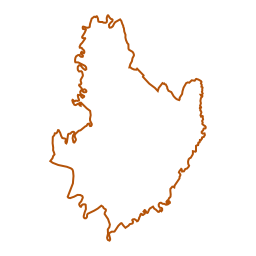 Ricaurte, Cundinamarca, Colombia (Equal Earth projection)
{"feature_id": "7082276B32773092643387", "entity_name": "Ricaurte", "entity_type": "district", "adm_level": 2, "iso_a3": "COL", "parent_name": "Colombia", "parent_adm1": "Cundinamarca", "projection": "equal_earth", "projection_center": [-74.719, 4.31], "detail": "fine", "context": "isolated", "style": "outline", "palette": "amber", "viewbox_px": 256, "rotation_deg": 0, "n_neighbors": 0, "source": "geoboundaries", "source_scale": "gbopen_adm2", "svg_char_len": 5701}
<svg xmlns="http://www.w3.org/2000/svg" viewBox="0 0 256 256"><path d="M200.9,81.0L198.5,79.6L196.3,78.9L195.9,79.1L194.7,80.7L191.7,80.3L189.3,82.7L187.8,82.4L186.2,83.1L183.6,87.6L182.5,91.3L182.1,94.0L179.7,97.7L179.6,99.5L179.2,100.1L177.2,99.4L175.8,98.5L173.7,96.3L171.3,92.1L168.5,90.8L167.3,88.5L167.2,87.2L165.8,84.5L164.7,84.2L164.2,83.5L163.7,83.8L162.5,83.1L158.7,88.0L157.8,91.0L154.9,87.9L149.3,83.7L142.9,76.8L143.6,75.4L137.1,68.7L136.4,69.7L134.0,69.5L131.6,68.4L130.5,67.4L129.4,67.4L130.3,64.2L131.9,61.3L132.5,58.2L133.9,55.6L133.9,54.6L133.4,53.1L132.5,51.8L129.1,49.8L128.5,48.8L128.4,44.3L127.3,43.1L126.0,40.1L125.4,37.5L125.5,34.8L124.3,31.6L123.9,28.2L123.3,27.0L123.2,25.8L122.3,23.9L121.3,20.9L120.1,19.4L115.3,22.1L114.2,23.5L112.8,26.3L111.4,27.4L109.8,27.7L109.2,27.1L109.0,24.7L110.9,22.4L112.3,21.3L112.6,19.8L112.2,19.3L110.9,18.9L109.5,17.5L108.3,15.4L107.7,15.4L107.4,15.9L106.8,17.6L106.7,19.0L107.0,20.3L106.7,22.1L105.7,22.8L103.3,22.6L102.5,22.0L100.1,22.0L98.5,21.6L98.3,21.2L97.9,18.4L97.0,16.4L96.4,16.3L95.6,17.1L94.2,16.7L91.7,18.6L90.0,24.1L89.7,26.9L88.7,27.5L87.0,27.8L83.5,26.6L82.9,26.7L82.7,27.2L82.7,28.1L83.1,29.0L85.4,29.3L85.9,29.8L84.7,32.6L82.2,36.7L82.1,37.1L82.4,37.9L82.8,38.1L85.1,38.2L85.2,38.5L82.2,42.8L80.6,44.4L79.6,46.7L79.8,47.7L81.3,47.8L81.9,48.1L82.6,49.3L83.4,49.7L84.3,51.2L84.3,52.6L83.9,53.2L83.4,53.1L81.8,51.8L81.1,52.4L80.9,53.8L82.4,54.9L83.0,55.9L82.6,56.8L81.1,56.8L79.9,56.0L79.1,54.9L77.8,55.2L76.1,56.4L75.4,57.9L75.1,59.5L75.1,61.6L75.4,62.3L78.2,62.4L84.9,65.8L86.1,67.3L86.3,69.2L85.5,69.9L84.9,69.8L82.8,68.2L80.9,65.8L79.9,65.3L78.9,65.4L77.8,66.9L77.7,68.5L77.9,70.0L79.1,71.5L81.2,71.2L82.1,72.0L82.9,75.1L82.7,76.2L80.7,79.8L80.7,81.1L81.3,83.0L81.2,83.7L80.7,84.4L79.3,84.6L79.1,85.5L81.3,87.9L82.4,89.7L82.9,90.0L84.2,89.3L85.1,89.5L86.2,90.5L86.4,91.4L86.0,92.1L84.1,92.3L83.4,92.0L82.0,90.6L80.9,90.5L80.2,91.9L80.5,93.9L84.1,96.0L84.2,96.3L83.9,97.0L82.6,97.8L81.5,97.0L80.6,95.3L78.0,94.9L77.8,95.7L78.3,98.0L78.9,99.3L79.0,100.2L77.8,100.9L75.9,100.6L74.6,101.4L72.9,99.9L72.6,99.8L72.3,100.4L72.9,102.5L74.4,104.8L75.7,105.1L77.7,103.9L78.6,103.9L79.9,105.5L80.7,105.8L80.7,105.0L79.3,103.1L79.6,102.7L81.0,102.7L86.8,108.4L90.1,110.9L90.7,115.1L90.0,118.8L90.1,120.6L91.8,124.1L91.6,125.3L91.1,126.0L90.1,126.1L89.6,125.5L89.5,124.3L89.2,123.6L87.7,123.9L86.5,125.9L85.4,126.3L80.5,130.3L78.7,130.8L75.8,133.5L75.0,134.5L74.7,135.6L74.9,137.0L75.9,139.2L75.8,140.2L74.5,142.4L74.1,142.6L73.4,142.1L72.6,138.2L73.1,135.4L74.5,133.1L74.2,132.2L73.4,131.8L72.3,131.9L71.4,132.5L70.5,133.6L68.8,133.8L68.1,134.3L66.9,142.2L66.3,143.4L65.7,143.0L65.4,141.8L65.4,141.1L66.1,140.3L66.1,139.4L65.0,138.6L62.3,138.0L61.2,136.0L60.2,132.9L58.7,130.2L58.1,130.1L57.1,132.5L56.2,133.3L54.8,133.3L54.4,135.0L52.8,137.0L52.6,143.2L53.2,147.6L53.1,150.2L54.2,153.1L54.5,154.5L53.2,156.0L52.5,158.2L50.3,161.1L52.7,162.8L58.3,165.0L66.9,166.8L70.8,168.3L72.2,169.3L72.8,170.4L73.1,171.7L73.5,176.0L72.9,183.4L67.7,196.8L68.4,197.7L70.1,198.1L74.1,196.7L77.5,194.9L80.3,195.0L82.3,196.1L82.8,197.3L82.6,198.2L81.2,201.4L79.4,203.4L79.2,204.7L80.1,206.4L80.9,206.8L82.0,205.0L82.7,204.5L84.1,204.3L85.4,204.5L85.7,204.9L85.9,209.1L84.6,212.6L83.7,216.1L83.8,217.3L84.5,218.2L85.8,218.3L86.7,217.5L87.0,216.7L87.1,214.9L87.7,213.8L94.3,210.6L97.7,208.6L101.3,205.7L102.9,206.7L103.7,208.2L105.8,209.5L105.9,210.7L104.9,212.4L104.6,214.0L108.0,219.0L109.9,224.5L109.4,227.1L107.8,229.4L108.0,233.7L107.1,237.5L107.3,238.8L108.0,240.0L109.5,240.6L110.1,239.8L110.1,238.5L109.0,234.4L109.4,233.0L111.7,231.7L113.9,231.7L114.6,231.4L118.3,225.8L120.7,223.4L121.6,223.2L123.4,225.6L125.4,227.8L128.5,225.7L129.7,224.2L132.4,223.5L132.8,223.0L133.0,221.5L132.3,220.5L132.3,219.9L133.0,219.3L134.6,219.2L136.4,220.4L137.0,221.3L137.8,221.0L139.1,218.7L139.0,218.1L140.2,215.8L140.3,214.8L140.6,214.4L141.1,213.8L141.9,214.1L142.3,214.9L143.0,215.0L144.8,213.6L144.7,212.7L143.5,211.6L144.6,210.1L145.2,210.3L146.8,212.8L147.5,212.9L148.0,212.3L148.9,210.0L149.9,208.5L153.0,206.6L154.3,208.7L155.8,209.6L158.2,211.9L158.9,211.9L160.2,210.1L160.8,210.2L161.0,211.1L161.4,211.3L162.2,210.1L162.1,208.5L161.4,207.9L159.9,207.8L158.8,206.1L158.7,204.4L159.6,203.0L160.9,202.7L162.7,203.8L164.6,203.9L165.6,204.6L166.6,204.7L167.8,204.4L169.9,202.9L169.9,202.2L169.3,201.3L168.8,201.2L168.3,201.7L167.8,203.2L167.0,203.2L166.4,201.9L167.1,200.8L168.3,199.8L169.3,197.8L170.0,197.4L170.5,196.6L170.7,194.5L170.3,190.6L170.4,188.9L172.3,186.7L173.2,186.7L174.3,187.4L174.6,185.6L179.5,178.4L179.6,176.6L180.3,175.6L180.4,174.6L179.7,173.3L178.9,172.5L179.2,171.5L181.2,168.9L181.6,169.2L182.1,171.5L183.9,171.3L185.3,169.0L186.9,168.6L188.5,166.9L189.1,165.7L188.3,164.2L188.1,162.9L188.1,161.2L188.7,159.2L189.7,158.2L190.7,157.8L192.7,154.5L192.9,153.5L192.9,151.2L195.5,151.7L196.0,151.1L196.0,145.9L196.6,145.4L198.1,145.1L198.3,144.5L198.1,143.9L198.3,142.8L198.5,142.5L199.4,142.5L199.7,142.1L199.9,140.1L200.8,140.3L201.6,138.9L202.0,138.7L202.0,137.7L202.2,137.3L203.7,137.0L204.9,135.0L204.5,133.4L202.8,133.6L201.7,132.8L201.7,131.7L203.1,130.3L203.6,128.8L203.9,128.5L205.4,128.4L205.7,127.8L205.7,127.0L205.1,126.1L203.4,125.0L202.3,123.9L202.7,122.5L202.1,121.0L203.1,119.3L202.7,117.7L202.8,116.3L202.2,116.0L201.1,116.6L200.5,115.3L201.4,112.3L201.0,111.1L200.3,110.5L200.4,109.3L199.8,108.1L200.0,107.6L200.6,108.0L201.1,107.6L201.0,107.0L200.1,105.7L200.9,103.2L200.4,101.0L200.9,98.1L202.3,96.5L202.3,96.1L201.4,96.2L200.6,94.8L201.8,94.8L202.7,93.6L201.9,91.8L202.3,90.8L202.2,88.9L202.6,87.7L202.3,87.1L201.4,86.7L201.8,85.0L200.9,83.3L201.5,82.0L200.9,81.0Z" fill="none" stroke="#b45309" stroke-width="2"/></svg>